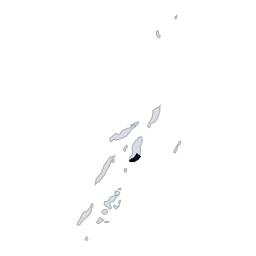 location of West Guadalcanal, Guadalcanal, Solomon Islands, rotated 269°
{"feature_id": "97153195B83823462382784", "entity_name": "West Guadalcanal", "entity_type": "district", "adm_level": 2, "iso_a3": "SLB", "parent_name": "Solomon Islands", "parent_adm1": "Guadalcanal", "projection": "albers", "projection_center": [159.663, -9.546], "detail": "fine", "context": "in_parent", "style": "filled", "palette": "ink", "viewbox_px": 256, "rotation_deg": 269, "n_neighbors": 0, "source": "geoboundaries", "source_scale": "gbopen_adm2", "svg_char_len": 4941}
<svg xmlns="http://www.w3.org/2000/svg" viewBox="0 0 256 256"><g transform="rotate(269 128 128)"><path d="M97.8,128.9L102.2,132.1L104.1,131.8L109.9,131.9L113.3,134.2L115.3,135.3L116.4,137.4L117.8,137.8L118.6,138.9L119.1,140.8L117.0,141.9L115.7,142.1L112.4,141.5L109.2,140.0L102.9,139.8L99.9,139.4L98.9,138.8L97.9,138.0L96.5,136.2L95.3,134.1L95.1,132.9L95.0,130.5L95.4,129.7L96.6,128.8L97.8,128.9ZM117.8,109.6L122.7,115.6L122.5,116.7L121.9,117.4L121.7,119.4L122.3,120.2L123.6,120.5L125.9,122.7L126.9,126.1L127.8,127.3L127.9,129.9L130.0,133.4L130.2,135.0L130.0,135.8L129.1,135.4L126.5,131.4L123.5,129.7L123.2,128.9L120.2,126.6L118.2,122.7L116.0,115.8L117.1,114.1L114.6,110.8L114.7,109.9L116.5,110.0L116.9,109.6L117.8,109.6ZM99.8,112.6L100.5,114.5L97.8,112.8L95.7,110.7L89.9,108.5L88.7,107.3L87.6,107.2L84.7,105.3L81.7,104.1L79.5,101.8L78.4,101.4L76.6,99.6L74.8,98.4L74.2,96.2L72.4,94.7L72.0,94.1L77.5,95.3L80.1,97.6L82.3,99.0L83.1,100.0L85.0,101.3L86.8,101.4L88.6,102.7L90.2,103.1L91.5,103.8L99.7,109.8L98.7,111.4L99.8,112.6ZM136.8,151.5L139.3,152.7L140.8,152.5L142.9,153.3L144.6,152.9L145.6,153.9L148.1,158.1L148.1,159.4L149.8,160.4L148.4,160.5L146.4,160.0L144.9,160.4L143.3,159.6L140.6,159.1L138.2,158.1L133.3,155.1L133.3,153.6L132.5,152.8L132.3,150.9L130.5,150.3L128.5,150.2L128.3,149.3L128.7,147.8L130.2,147.8L132.1,148.5L136.8,151.5ZM52.5,89.9L53.2,90.6L51.6,91.8L49.6,91.1L49.1,90.1L47.7,90.3L44.8,89.8L40.9,86.9L36.6,81.5L32.6,78.5L31.8,77.6L31.7,76.1L32.2,75.5L34.7,76.1L38.0,78.5L43.3,81.1L44.8,82.4L45.7,85.5L46.6,86.5L49.5,88.9L52.5,89.9ZM58.2,108.2L59.4,109.9L60.9,113.5L60.6,114.8L59.6,114.9L59.3,115.7L57.9,113.9L56.1,113.4L54.7,112.3L54.1,108.8L53.0,108.6L50.0,108.9L49.0,110.1L47.6,109.7L47.3,108.7L47.5,107.7L49.3,106.6L49.7,105.3L51.6,103.1L52.7,102.7L54.9,103.5L55.2,106.7L55.9,107.7L58.2,108.2ZM114.2,179.8L112.8,180.5L111.5,180.2L110.6,179.6L109.8,178.1L108.1,177.1L105.7,176.7L104.5,175.7L102.8,175.4L102.4,174.6L102.5,173.7L102.8,173.2L104.3,173.7L111.6,177.8L114.2,179.8ZM36.6,101.9L36.3,102.2L35.6,101.1L35.1,100.8L35.1,99.6L33.1,97.6L32.9,96.3L34.0,94.9L35.6,95.7L37.2,97.3L39.0,97.9L38.7,99.0L37.0,101.0L36.6,101.9ZM46.7,105.0L45.9,105.9L43.7,105.8L42.1,103.7L42.1,102.2L43.4,100.8L44.9,100.5L45.8,101.0L46.6,102.2L46.9,103.7L46.7,105.0ZM65.1,117.1L63.1,118.7L61.7,118.2L60.5,116.8L61.1,114.7L62.3,114.3L62.9,113.5L65.0,114.1L65.6,114.5L64.3,115.5L65.0,116.3L65.1,117.1ZM224.4,160.0L221.1,160.4L219.8,161.8L218.1,161.7L217.6,160.5L217.6,159.9L218.5,160.0L219.0,158.8L219.9,158.3L222.2,158.1L224.9,158.7L224.3,159.8L224.4,160.0ZM133.6,136.1L133.7,139.0L132.2,137.4L131.5,138.0L130.8,137.2L131.0,133.8L130.0,130.6L130.8,130.9L133.6,136.1ZM50.8,117.8L50.8,118.1L49.7,117.5L47.2,114.8L47.6,113.9L49.9,112.1L50.5,111.9L51.2,112.9L50.6,114.6L49.9,115.0L49.6,116.5L50.8,117.8ZM106.2,123.3L107.9,123.5L110.9,126.2L110.2,127.1L108.8,126.6L108.3,126.8L107.9,125.9L106.3,125.1L104.9,125.0L104.7,124.1L106.2,123.3ZM86.7,125.9L84.3,125.6L83.6,124.9L84.4,123.9L85.5,123.3L86.4,123.8L87.5,124.0L87.6,125.3L86.7,125.9ZM19.5,85.4L17.5,85.9L16.3,85.3L16.8,83.8L17.5,83.0L20.0,84.4L19.5,85.4ZM96.6,113.5L95.7,113.7L94.2,113.0L93.6,112.3L93.9,111.3L94.7,110.9L95.7,111.6L95.8,112.3L96.6,113.5ZM239.7,178.6L238.0,178.9L237.3,178.8L236.2,177.1L237.0,176.7L238.3,176.9L238.7,177.9L239.7,178.6ZM55.9,118.6L55.8,119.4L54.7,119.1L52.1,118.1L52.0,117.6L53.5,117.4L54.6,117.5L55.9,118.6ZM35.2,105.4L34.8,107.4L33.7,105.0L33.9,102.9L34.3,102.7L35.2,105.4ZM68.0,119.4L66.5,119.9L66.1,119.1L67.1,117.0L68.0,119.4Z" fill="#d9dde1" stroke="#a8b0b8" stroke-width="1"/><path d="M95.1,129.3L95.0,129.5L94.9,129.5L94.7,129.8L94.7,130.0L94.8,130.0L94.7,130.2L94.8,130.2L94.8,130.3L94.8,130.5L94.7,130.5L94.6,130.8L94.8,131.0L94.8,131.3L94.7,131.3L94.8,131.3L94.9,131.5L95.0,131.5L94.9,131.6L94.7,131.7L94.7,131.8L94.8,131.8L94.9,132.0L94.7,132.2L94.7,132.3L94.8,132.3L94.8,132.5L94.9,132.8L95.0,132.9L95.2,133.0L95.1,133.3L94.9,133.4L94.7,133.4L94.6,133.5L94.6,133.8L94.6,134.0L94.8,134.0L94.8,133.9L94.9,134.0L95.0,134.0L94.9,134.1L95.0,134.2L95.1,134.3L95.3,134.4L95.3,134.5L95.5,134.7L95.6,134.8L95.6,135.0L95.8,135.2L95.9,135.3L96.0,135.3L96.1,135.5L96.2,135.8L96.2,136.0L95.9,136.3L96.0,136.4L96.1,136.5L96.3,136.5L96.5,136.6L96.8,136.7L96.8,136.8L96.7,136.8L96.8,136.9L96.8,137.0L97.0,137.2L97.2,137.3L97.1,137.5L97.0,137.4L97.0,137.5L96.9,137.7L97.0,137.8L97.3,137.9L97.6,137.9L97.6,138.0L97.8,138.1L97.9,138.3L98.0,138.2L98.1,138.3L98.2,138.5L98.3,138.5L98.5,138.6L98.6,138.8L98.6,139.0L98.8,139.1L99.0,139.2L99.0,139.3L99.2,139.5L99.3,139.5L99.5,139.5L99.7,139.3L99.7,139.2L99.8,139.1L99.7,139.0L99.8,138.9L99.7,138.9L99.8,138.8L99.8,138.7L99.7,138.5L99.8,138.4L99.7,138.2L99.9,138.1L100.0,138.0L99.9,137.9L100.0,137.8L100.1,137.7L100.2,137.4L100.2,137.1L100.3,137.1L100.4,136.9L102.4,136.5L101.9,136.4L100.4,135.8L99.0,134.6L96.8,132.5L97.1,131.6L96.3,130.7L96.1,130.4L95.1,129.3Z" fill="#0f172a" stroke="#020617" stroke-width="1.5"/></g></svg>